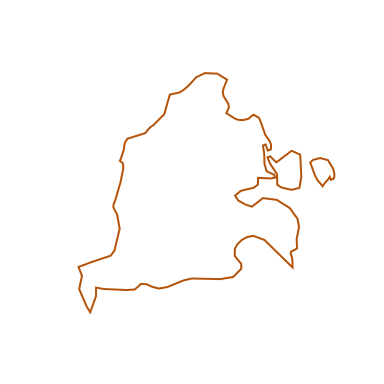 Valle, Mercator projection, rotated 249°
{"feature_id": "HND-645", "entity_name": "Valle", "entity_type": "Department", "adm_level": 1, "iso_a3": "HND", "parent_name": "Honduras", "parent_adm1": "", "projection": "mercator", "projection_center": [-87.601, 13.55], "detail": "fine", "context": "isolated", "style": "outline", "palette": "amber", "viewbox_px": 384, "rotation_deg": 249, "n_neighbors": 0, "source": "natural_earth", "source_scale": "10m", "svg_char_len": 1807}
<svg xmlns="http://www.w3.org/2000/svg" viewBox="0 0 384 384"><g transform="rotate(249 192 192)"><path d="M107.3,212.2L102.7,210.5L97.9,199.9L100.6,187.0L111.4,160.6L112.5,152.1L112.1,134.8L113.7,126.6L117.7,120.9L122.2,116.5L124.5,111.5L121.5,103.8L123.8,96.1L133.0,75.0L137.1,68.2L129.1,65.0L116.2,53.9L123.2,52.6L141.9,51.9L153.0,59.2L162.7,59.2L162.6,72.9L161.7,93.3L165.1,98.6L183.6,111.3L197.5,114.0L205.8,113.1L207.5,113.8L209.6,115.1L210.9,116.7L227.1,129.0L238.9,136.5L243.6,137.8L247.0,135.8L247.9,136.9L255.9,143.5L259.8,145.5L262.8,147.8L264.9,150.9L263.7,169.5L265.8,172.9L267.6,176.7L268.2,179.8L274.6,194.0L290.9,206.2L289.4,215.7L290.1,220.1L292.6,227.1L297.6,237.0L298.4,246.5L293.5,257.9L284.3,265.0L277.6,258.8L274.5,256.6L270.3,255.8L261.2,257.5L257.6,256.7L253.3,252.3L245.6,258.0L243.2,260.4L240.9,265.0L240.1,271.3L241.6,274.7L242.0,277.2L237.5,280.9L234.7,281.3L219.0,280.9L211.9,282.7L207.8,282.8L203.5,280.9L203.5,277.7L210.0,277.7L210.0,274.9L201.4,273.0L192.5,269.8L184.6,269.1L178.7,274.9L175.6,274.9L176.5,270.3L181.5,258.7L175.3,256.2L173.9,251.1L175.6,238.0L173.2,230.9L167.5,232.1L161.2,237.4L156.8,242.7L160.9,256.0L154.3,268.3L142.0,277.5L129.2,280.9L121.1,279.4L110.5,272.8L101.8,269.9L101.1,266.8L101.1,263.6L99.5,262.1L95.0,261.9L92.0,261.2L85.6,258.8L121.3,242.4L129.1,233.5L130.2,227.5L129.4,221.3L127.0,215.7L123.5,211.6L116.9,209.0L107.3,212.2ZM173.9,276.3L178.4,277.7L190.7,275.0L197.3,274.9L197.3,277.7L189.4,281.4L194.8,299.8L188.0,306.4L167.0,299.5L157.3,293.7L158.4,285.6L164.3,276.9L168.4,274.2L173.9,276.3ZM177.2,313.0L178.6,316.4L177.8,323.7L173.0,330.4L162.9,332.1L157.5,331.3L155.6,330.5L153.6,328.9L153.6,326.1L156.8,326.1L155.0,323.6L152.3,318.4L150.6,316.0L157.9,313.5L163.7,312.7L177.2,313.0Z" fill="none" stroke="#b45309" stroke-width="2"/></g></svg>